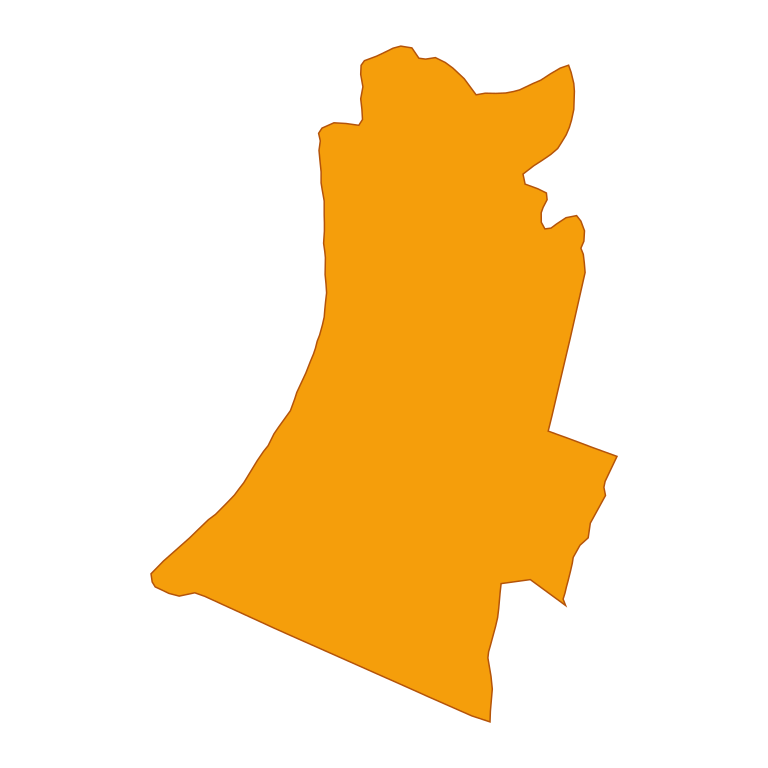 Bacabeira, Maranhão, Brazil (Albers equal-area conic projection)
{"feature_id": "56859067B76385045703481", "entity_name": "Bacabeira", "entity_type": "district", "adm_level": 2, "iso_a3": "BRA", "parent_name": "Brazil", "parent_adm1": "Maranhão", "projection": "albers", "projection_center": [-44.352, -2.93], "detail": "fine", "context": "isolated", "style": "filled", "palette": "amber", "viewbox_px": 768, "rotation_deg": 0, "n_neighbors": 0, "source": "geoboundaries", "source_scale": "gbopen_adm2", "svg_char_len": 2056}
<svg xmlns="http://www.w3.org/2000/svg" viewBox="0 0 768 768"><path d="M568.6,65.2L560.2,68.1L550.5,73.8L540.7,80.2L532.8,83.6L519.6,89.9L513.6,91.5L505.7,93.0L495.9,93.4L485.2,93.2L476.1,94.8L471.0,87.9L464.2,78.7L452.9,68.1L445.3,62.5L435.4,57.6L425.6,59.1L418.9,58.2L411.9,47.9L400.8,46.1L393.0,48.2L387.4,51.0L376.5,56.2L364.4,60.7L361.1,65.3L360.7,74.4L362.9,86.8L360.7,98.8L361.9,109.2L362.5,119.5L358.8,125.3L346.0,123.5L333.9,122.8L322.0,128.1L318.6,133.3L320.3,140.9L319.0,150.4L319.9,160.0L321.1,171.9L321.1,182.9L322.3,190.3L324.2,201.0L324.2,215.0L324.4,222.6L324.4,231.2L323.6,243.3L324.8,251.6L325.4,257.7L325.1,274.6L326.0,283.8L326.6,292.9L325.6,301.5L324.8,309.7L324.2,317.1L322.4,325.0L319.6,335.1L317.2,341.2L315.4,348.4L313.5,354.0L310.4,361.4L305.9,372.9L296.8,392.4L294.7,399.0L290.4,410.7L278.8,426.8L274.0,433.8L268.1,445.7L263.6,451.3L257.2,460.7L243.8,482.7L239.3,488.5L234.4,495.1L226.7,503.1L215.5,514.4L208.5,519.6L197.9,529.8L189.6,537.9L163.5,561.0L151.0,573.8L152.2,582.0L155.2,586.9L161.0,589.6L168.9,593.4L179.2,596.1L194.8,592.8L204.9,596.4L274.5,628.3L287.9,634.3L376.2,673.5L408.0,687.6L428.2,696.7L471.8,715.9L490.0,721.9L490.4,711.2L492.3,689.1L491.0,676.3L487.9,657.9L488.6,651.8L490.4,645.5L492.8,636.6L495.6,626.3L497.6,617.7L498.7,608.6L500.1,592.7L501.1,583.6L530.3,579.6L565.6,605.5L563.1,599.1L565.0,593.0L566.4,587.0L568.0,581.1L570.5,571.1L572.3,563.2L573.2,557.4L580.0,545.2L588.2,537.8L590.3,523.2L605.5,495.5L603.9,487.3L605.1,481.4L617.0,456.4L592.8,447.6L565.9,437.5L558.3,434.8L548.2,431.1L551.9,416.1L557.3,393.0L560.4,379.9L566.5,354.0L570.1,338.8L585.1,272.5L584.3,262.8L583.3,254.3L580.9,248.2L583.9,241.2L584.5,230.8L580.9,221.1L576.6,215.6L566.0,217.7L556.5,224.0L551.0,228.1L544.9,228.9L541.3,222.3L541.2,212.8L543.1,207.4L547.1,199.7L546.4,193.0L537.9,188.8L525.1,184.1L523.0,174.1L533.7,165.8L542.5,160.1L550.7,154.5L557.7,148.5L561.4,142.7L566.2,134.8L569.3,127.5L571.5,120.2L573.8,109.5L574.4,91.2L573.8,83.5L571.1,72.3L568.6,65.2Z" fill="#f59e0b" stroke="#b45309" stroke-width="1.5"/></svg>